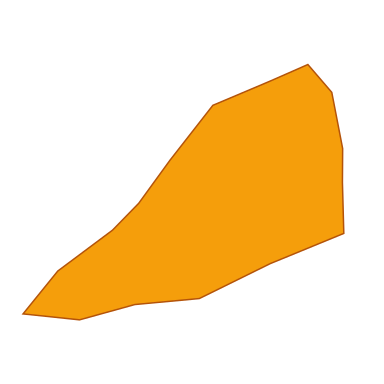 Andorra la Vella, Natural Earth projection, rotated 186°
{"feature_id": "AND-4876", "entity_name": "Andorra la Vella", "entity_type": "state/province", "adm_level": 1, "iso_a3": "AND", "parent_name": "Andorra", "parent_adm1": "", "projection": "natural_earth1", "projection_center": [1.52, 42.514], "detail": "fine", "context": "isolated", "style": "filled", "palette": "amber", "viewbox_px": 384, "rotation_deg": 186, "n_neighbors": 0, "source": "natural_earth", "source_scale": "10m", "svg_char_len": 364}
<svg xmlns="http://www.w3.org/2000/svg" viewBox="0 0 384 384"><g transform="rotate(186 192 192)"><path d="M347.3,53.1L317.2,99.4L267.1,145.7L243.8,175.2L217.1,221.5L180.3,280.4L126.9,309.9L90.1,330.9L63.4,305.7L46.7,250.9L43.4,217.3L36.7,166.7L106.8,128.9L173.6,86.8L237.1,74.1L290.5,53.1L347.3,53.1Z" fill="#f59e0b" stroke="#b45309" stroke-width="1.5"/></g></svg>